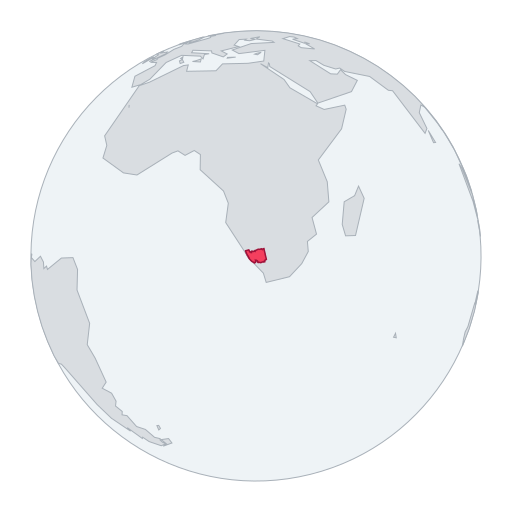 globe centered on Karas, rotated 346°
{"feature_id": "NAM-3338", "entity_name": "Karas", "entity_type": "Region", "adm_level": 1, "iso_a3": "NAM", "parent_name": "Namibia", "parent_adm1": "", "projection": "orthographic", "projection_center": [17.311, -26.98], "detail": "fine", "context": "on_globe", "style": "filled", "palette": "rose", "viewbox_px": 512, "rotation_deg": 346, "n_neighbors": 0, "source": "natural_earth", "source_scale": "10m", "svg_char_len": 7004}
<svg xmlns="http://www.w3.org/2000/svg" viewBox="0 0 512 512"><g transform="rotate(346 256 256)"><circle cx="256" cy="256" r="225" fill="#eef3f6" stroke="#a8b0b8"/><path d="M35.6,209.6L38.6,199.8L37.7,203.3L40.1,207.9L46.8,204.1L48.3,210.5L47.1,216.9L50.3,215.1L50.4,218.6L66.7,210.9L78.0,213.3L79.6,225.9L74.1,245.7L78.3,281.1L70.8,301.2L75.2,316.1L80.1,342.1L74.8,347.1L82.7,354.2L85.1,363.0L83.4,367.6L88.6,374.5L87.6,377.7L92.2,379.7L98.9,392.6L106.7,397.5L113.7,407.4L118.8,410.0L118.4,411.3L120.2,414.1L123.1,416.3L118.2,417.2L107.4,410.2L102.2,404.4L101.6,405.6L89.6,391.4L91.9,395.6L76.5,378.5L65.9,361.7L44.2,319.6L41.0,313.8L38.4,312.5L35.9,304.0L33.1,288.4L31.3,272.6L30.7,256.8L31.2,240.9L32.8,225.2L35.6,209.6ZM129.2,417.1L120.0,418.1L123.9,416.9L119.6,411.2L127.0,412.0L129.2,417.1ZM119.6,401.3L118.8,396.6L120.6,396.8L121.6,400.2L119.6,401.3ZM257.7,30.7L257.0,30.7L255.6,30.8L258.9,31.0L252.9,32.4L246.2,32.9L242.1,31.5L232.3,32.5L233.4,31.9L235.1,31.7L257.7,30.7ZM473.8,198.5L473.4,197.0L476.1,209.6L479.6,229.0L480.9,246.0L479.8,235.8L478.1,220.6L476.5,213.0L474.4,201.3L468.1,180.3L466.9,178.2L464.5,171.4L455.8,152.5L452.5,149.4L449.1,156.4L452.7,173.6L449.7,177.9L436.0,146.1L428.5,128.7L424.5,127.2L409.7,109.3L386.7,98.4L382.7,93.9L378.5,93.8L368.0,87.4L361.5,80.9L355.5,79.5L372.5,97.3L378.9,99.2L383.1,95.7L386.8,101.7L396.8,110.1L388.4,119.6L353.0,122.6L348.3,109.6L315.2,75.5L315.5,72.7L315.3,72.4L314.8,71.7L313.0,76.1L306.9,70.5L325.9,91.5L329.6,101.0L352.5,123.2L350.6,124.8L357.6,130.3L378.6,131.1L379.0,135.4L369.8,153.3L339.7,177.9L343.1,201.2L339.8,221.1L319.7,232.2L320.0,249.4L309.4,254.3L307.8,264.3L298.5,274.5L283.5,284.2L259.5,284.1L259.0,274.4L248.6,256.5L234.7,216.2L241.9,198.1L240.2,185.1L222.7,158.8L226.6,144.1L221.6,138.7L211.5,141.2L205.7,135.1L199.5,135.8L160.1,148.6L147.5,143.3L131.2,123.9L138.0,112.6L138.2,102.8L183.9,62.5L194.6,61.6L231.7,53.7L236.5,54.2L233.3,60.0L262.0,66.6L270.0,61.5L294.9,67.1L310.7,68.7L314.4,58.6L288.4,55.5L282.8,50.4L302.7,48.7L325.2,53.1L323.8,51.4L308.6,45.5L312.8,44.2L303.2,43.6L307.8,45.6L301.9,45.6L297.4,43.9L299.0,43.2L292.0,41.9L285.8,46.1L289.9,48.6L271.9,48.6L276.9,53.0L272.4,54.9L262.3,48.3L262.5,46.2L244.6,41.1L242.7,43.2L259.5,48.4L254.7,48.0L252.3,51.9L250.3,48.6L232.4,43.3L215.6,46.5L195.8,58.8L185.7,61.8L176.4,62.2L182.0,52.3L204.1,46.9L206.3,44.2L200.5,42.6L207.7,41.4L208.0,40.4L216.3,38.9L226.5,35.6L234.6,34.6L237.4,32.6L241.9,32.1L239.0,33.2L241.3,33.9L261.4,33.3L264.9,33.0L265.0,32.0L270.5,32.3L268.1,31.5L279.0,32.1L263.7,31.0L263.5,30.8L279.5,31.9L295.3,34.2L311.0,37.5L326.4,42.0L341.4,47.5L356.0,54.1L370.1,61.7L383.6,70.3L396.4,79.9L408.6,90.3L420.0,101.5L430.5,113.6L440.2,126.3L449.0,139.7L456.7,153.7L463.5,168.2L469.2,183.2L473.8,198.5ZM169.5,78.7L168.6,81.4L169.5,78.7ZM350.3,64.8L363.0,69.3L355.2,61.8L359.4,63.1L355.2,60.3L354.5,61.3L343.9,54.5L348.6,55.0L346.0,52.8L341.6,51.2L334.7,51.6L349.8,60.9L347.8,62.3L350.3,64.8ZM38.8,199.3L38.9,200.3L38.1,202.1L38.8,199.3ZM201.8,38.3L205.0,37.9L202.5,39.1L192.2,42.0L195.7,40.1L201.8,38.3ZM210.1,37.2L208.9,36.0L215.3,34.7L211.9,35.5L216.3,34.8L212.0,36.0L219.3,36.6L217.5,37.9L199.4,41.6L206.3,39.4L202.7,39.7L210.1,37.2ZM241.4,51.9L245.0,52.0L250.5,51.5L249.0,54.3L241.4,51.9ZM228.9,48.2L232.1,47.6L232.8,50.6L229.0,50.9L228.9,48.2ZM233.3,45.0L232.2,47.4L230.6,46.2L233.3,45.0ZM241.9,32.9L245.2,32.6L245.7,32.8L244.2,33.3L241.9,32.9ZM310.3,59.6L306.1,61.1L303.5,59.8L305.5,59.5L310.3,59.6ZM276.4,56.4L284.4,58.1L275.9,57.1L276.4,56.4ZM372.7,364.7L372.3,369.3L369.8,368.1L372.7,364.7ZM374.9,226.2L357.5,260.2L347.8,258.1L347.3,246.2L354.7,224.7L366.3,221.3L372.4,213.0L374.9,226.2ZM478.5,291.4L479.2,284.8L479.5,276.5L480.0,274.4L479.5,284.4L478.5,291.4ZM480.0,273.8L479.8,255.3L475.3,215.6L477.0,220.3L480.9,249.4L480.7,251.6L480.9,264.6L480.0,273.8ZM453.5,175.8L457.7,189.3L455.7,189.0L453.5,175.8ZM434.4,393.5L437.2,386.9L440.6,380.2L444.5,375.8L457.2,354.0L456.5,356.0L462.9,343.3L462.8,345.3L454.7,362.2L445.2,378.3L434.4,393.5Z" fill="#d9dde1" stroke="#a8b0b8" stroke-width="1"/><path d="M255.8,260.9L255.7,260.9L255.6,260.6L255.5,260.4L255.4,260.3L255.3,260.2L255.2,260.1L254.9,260.2L254.8,260.3L254.7,260.3L254.6,260.2L254.6,260.3L254.5,260.7L254.4,260.7L254.4,260.8L254.3,261.0L254.2,261.1L254.1,261.3L254.2,261.5L254.1,261.8L254.0,262.0L253.9,262.0L253.9,261.9L253.5,262.1L253.4,262.1L253.2,262.2L253.2,262.3L252.9,262.4L252.7,262.2L252.1,261.6L251.8,261.3L251.6,261.0L251.1,260.7L250.9,260.4L250.6,260.2L250.4,259.9L250.3,259.7L250.2,259.4L249.9,259.1L249.8,258.9L249.8,258.7L249.4,258.1L249.3,257.9L249.2,257.8L249.1,257.6L249.0,257.4L248.9,257.1L248.8,256.9L248.8,256.5L248.8,256.3L248.7,256.3L248.7,256.2L248.7,255.9L248.5,255.7L248.4,255.7L248.3,255.3L248.3,255.2L248.2,255.0L248.2,254.9L248.2,254.7L248.3,254.7L248.4,254.9L248.5,254.6L248.4,254.5L248.4,254.3L248.3,254.0L248.2,253.9L248.0,253.7L247.8,253.6L247.7,253.5L247.7,253.2L247.7,252.9L247.7,252.7L247.8,252.6L247.7,252.3L247.7,252.2L247.5,251.9L247.5,251.6L247.3,251.4L247.3,251.2L247.3,250.9L247.4,250.6L247.4,250.4L247.3,250.2L247.2,250.0L247.1,249.7L247.1,249.4L247.2,249.0L247.2,248.7L247.2,248.4L250.5,248.3L250.6,248.6L250.9,250.5L251.0,250.6L251.3,250.6L252.0,251.6L252.3,251.6L252.5,251.6L252.4,250.6L252.6,250.4L252.7,250.5L252.8,250.5L252.8,250.8L253.0,250.7L253.2,250.3L253.3,250.3L253.4,250.5L253.5,250.5L254.1,250.7L254.3,250.8L254.5,250.8L254.8,250.9L254.8,251.0L255.1,251.0L255.3,251.0L255.4,250.9L255.5,250.9L256.1,251.2L256.1,250.5L256.3,250.4L256.5,250.4L257.2,250.5L257.6,250.4L259.3,250.0L260.1,250.0L260.4,250.1L260.7,250.3L262.3,250.5L262.6,250.3L262.7,250.2L262.8,250.2L263.1,250.7L263.2,250.8L263.2,250.7L263.4,250.6L263.5,250.6L263.8,250.7L264.0,250.8L264.5,250.9L264.7,251.0L264.7,250.9L265.1,250.7L265.3,250.7L265.3,250.8L265.5,250.8L265.5,251.1L265.5,251.4L265.4,251.6L265.4,251.8L265.4,252.0L265.4,252.5L265.4,252.9L265.4,253.1L265.4,253.3L265.4,253.6L265.4,253.8L265.4,254.0L265.4,254.4L265.4,254.7L265.4,254.9L265.4,255.1L265.4,255.3L265.4,255.5L265.4,255.8L265.4,256.0L265.4,256.4L265.3,256.6L265.3,256.9L265.3,257.1L265.3,257.3L265.3,257.5L265.3,257.8L265.3,258.0L265.3,258.4L265.3,258.6L265.3,258.9L265.3,259.1L265.3,259.3L265.3,259.5L265.3,260.0L265.3,260.4L265.3,260.6L265.3,260.8L265.3,261.1L265.2,261.3L265.2,261.5L265.2,261.8L264.9,261.8L264.7,262.0L264.4,262.0L264.2,262.1L263.9,262.1L263.7,262.3L263.5,262.7L263.5,262.8L263.4,262.8L263.0,262.9L263.0,263.0L262.9,262.9L262.7,263.0L262.7,263.3L262.8,263.5L262.7,263.6L262.4,263.8L262.2,263.8L262.0,263.7L261.9,263.7L261.7,263.5L260.9,263.3L260.3,263.4L260.2,263.5L259.9,263.5L259.7,263.6L259.4,263.5L259.1,263.5L258.9,263.6L258.7,263.5L258.5,263.4L258.3,263.2L258.2,263.1L257.5,263.0L257.4,263.0L257.2,263.0L257.0,262.9L257.0,262.7L256.9,262.7L256.7,262.7L256.6,262.8L256.4,262.8L256.3,262.7L256.4,262.3L256.2,262.2L256.1,261.9L256.2,261.7L256.3,261.7L256.3,261.4L256.2,261.3L256.2,261.2L256.1,260.9L255.8,260.9Z" fill="#f43f5e" stroke="#9f1239" stroke-width="1.5"/></g></svg>